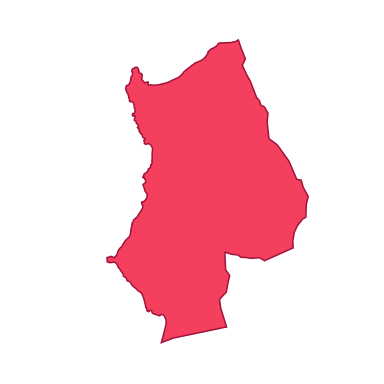 the district of Anse Chastanet, Soufrière, Saint Lucia, rotated 65°
{"feature_id": "8701671B43516735791505", "entity_name": "Anse Chastanet", "entity_type": "district", "adm_level": 2, "iso_a3": "LCA", "parent_name": "Saint Lucia", "parent_adm1": "Soufrière", "projection": "mercator", "projection_center": [-61.072, 13.864], "detail": "fine", "context": "isolated", "style": "filled", "palette": "rose", "viewbox_px": 384, "rotation_deg": 65, "n_neighbors": 0, "source": "geoboundaries", "source_scale": "gbopen_adm2", "svg_char_len": 5908}
<svg xmlns="http://www.w3.org/2000/svg" viewBox="0 0 384 384"><g transform="rotate(65 192 192)"><path d="M263.0,99.5L251.3,93.5L245.3,88.6L234.5,89.2L227.3,88.0L224.9,91.7L205.0,91.1L185.2,94.8L176.2,99.7L160.0,94.2L152.8,89.8L145.5,90.4L142.5,92.9L137.7,92.3L133.5,93.5L116.1,92.3L108.9,92.9L98.6,92.9L93.8,87.3L82.4,86.7L73.8,85.7L73.6,86.2L74.0,86.8L73.9,88.1L74.0,89.8L73.6,90.9L73.2,91.6L73.2,93.2L72.8,93.9L72.8,94.3L72.4,94.6L72.4,95.3L71.0,98.0L70.4,100.0L69.6,101.7L69.0,102.9L68.6,104.0L68.5,104.9L68.7,105.7L69.5,107.0L69.9,107.7L70.2,108.6L70.3,110.2L70.5,111.0L70.5,114.9L71.2,116.3L71.3,117.3L71.5,118.0L73.2,119.2L73.9,120.7L74.4,121.2L75.3,122.8L75.9,124.3L76.6,127.3L76.6,129.9L76.4,134.8L77.1,137.3L77.1,138.6L77.7,140.1L78.8,145.4L79.7,148.6L80.3,149.8L80.9,150.8L81.4,152.1L81.8,153.7L82.1,154.2L82.4,155.5L82.4,158.6L82.4,159.5L82.4,160.3L82.4,163.7L82.4,164.5L82.5,167.3L82.3,168.2L82.1,170.1L81.7,172.1L81.7,172.6L81.3,173.7L81.2,174.6L80.5,177.8L80.0,179.2L79.1,181.3L78.5,182.5L78.2,183.0L77.8,183.6L77.4,184.2L77.2,184.8L77.1,185.4L76.2,186.5L74.0,185.3L73.7,185.3L73.4,185.5L73.4,186.3L73.3,188.3L73.2,188.5L72.9,188.7L72.6,188.7L70.0,189.7L69.3,189.8L68.1,189.6L65.2,187.7L64.7,187.7L64.3,187.9L63.8,188.0L63.7,187.8L63.1,187.9L62.3,189.1L61.7,189.6L60.7,189.1L60.3,189.1L58.3,188.7L57.6,188.7L57.3,188.6L56.5,188.8L55.8,189.1L55.4,189.7L55.1,191.5L55.4,193.9L56.2,195.0L56.8,195.5L57.8,195.7L58.9,195.6L60.9,196.6L61.2,196.9L61.8,198.3L62.6,199.1L65.0,200.6L66.3,201.7L67.0,202.5L67.7,203.5L68.0,204.9L67.9,206.3L68.2,206.9L69.7,208.1L70.6,208.5L71.8,208.6L72.5,208.9L74.5,208.8L75.0,208.7L76.6,208.6L77.7,209.0L79.2,209.2L80.0,209.5L80.2,209.4L81.2,209.4L82.0,209.7L82.5,210.1L83.2,210.2L84.2,209.9L84.4,208.7L85.1,207.9L85.9,207.6L86.9,207.5L88.2,207.7L89.1,207.8L90.6,208.6L91.9,208.6L93.2,208.9L94.8,209.3L95.4,210.2L96.1,211.4L96.5,212.2L96.3,212.7L96.1,212.8L96.7,213.4L97.1,213.5L97.7,213.4L98.0,213.5L98.4,213.3L98.5,212.2L99.0,211.4L99.5,211.5L99.9,211.7L101.9,213.7L102.8,214.0L104.2,212.9L104.6,212.9L105.7,213.3L106.2,213.4L107.0,213.1L108.0,212.5L108.8,212.6L109.7,212.8L110.3,213.0L110.6,213.7L110.3,213.8L110.3,214.1L110.6,214.3L111.6,213.8L112.2,213.4L112.6,213.4L113.2,213.8L114.0,214.1L115.6,214.1L117.5,213.6L118.0,213.7L118.4,213.4L119.0,213.1L119.4,213.1L120.6,213.4L121.3,213.5L121.8,213.4L122.3,213.2L122.5,213.0L122.9,212.7L123.5,212.1L123.8,211.9L124.2,212.0L124.7,213.2L124.7,213.4L124.9,213.7L125.1,214.0L126.1,214.0L126.5,214.1L126.8,214.2L127.6,214.5L128.1,214.6L128.9,214.1L129.4,213.3L129.5,212.3L129.4,212.2L129.7,211.2L129.8,211.0L131.6,209.6L131.9,209.5L132.2,209.4L132.5,209.4L132.9,209.4L133.7,209.3L134.5,209.3L135.1,209.3L136.0,209.5L136.7,209.8L140.3,211.9L141.6,212.5L143.3,213.2L145.7,214.5L146.5,215.0L147.9,215.6L148.6,215.8L149.0,216.0L149.3,216.3L149.6,217.0L149.8,217.7L149.9,217.9L150.1,218.1L150.7,218.1L151.1,218.3L152.3,219.8L152.4,220.3L152.6,221.6L152.7,221.8L153.8,222.7L154.4,223.4L154.8,224.2L155.2,225.3L155.3,226.1L155.3,226.6L155.5,227.7L155.6,228.0L156.0,228.6L156.5,228.9L157.0,229.0L157.4,229.0L157.6,229.5L157.6,230.2L157.7,230.4L158.1,230.4L158.4,230.2L159.2,229.4L159.4,229.3L159.6,229.3L160.1,229.4L160.3,229.3L160.6,229.3L161.7,229.2L162.4,229.3L163.1,229.6L163.3,229.7L163.5,230.0L163.9,230.7L164.1,231.3L164.3,232.1L164.3,232.4L164.4,233.0L164.7,233.4L165.1,233.5L166.3,233.4L169.2,233.9L169.8,233.9L170.9,234.2L171.5,234.1L172.9,233.9L174.7,233.7L175.3,233.8L175.6,233.8L176.6,234.1L177.0,234.4L178.7,236.3L179.3,237.2L180.0,238.7L180.3,239.5L180.2,239.7L180.4,240.2L180.4,240.6L180.3,240.8L179.7,241.3L179.8,241.5L180.3,242.2L180.7,242.4L181.3,242.5L182.3,242.4L183.8,242.6L184.6,242.9L185.1,243.2L185.4,243.4L185.9,244.0L186.5,244.8L187.1,245.5L188.8,248.2L189.7,249.7L190.3,250.6L190.6,251.1L190.8,251.2L191.1,251.7L191.4,252.2L191.7,253.3L191.9,253.7L192.4,256.1L193.0,257.1L194.0,257.8L194.3,258.1L194.8,259.4L195.4,259.8L195.8,260.0L196.1,260.2L196.9,260.7L198.6,261.9L199.3,262.6L199.6,262.8L201.8,264.1L203.7,265.4L204.9,266.3L205.2,266.7L205.6,267.1L205.8,267.4L206.5,268.7L206.6,269.4L207.1,270.9L207.7,272.4L208.0,273.2L208.2,273.6L208.8,274.3L209.3,274.9L209.9,276.4L211.0,277.5L211.8,278.7L211.9,279.1L212.5,281.1L213.0,282.2L213.6,283.0L214.3,283.9L215.2,284.8L216.1,285.5L216.9,286.3L217.3,286.8L218.0,289.0L218.6,290.1L218.6,290.3L218.2,291.0L216.9,291.7L216.1,292.5L216.0,293.0L215.9,295.2L215.6,296.0L215.5,296.5L215.7,296.9L215.8,297.0L217.8,297.5L218.2,297.7L218.8,298.1L219.0,298.2L219.4,298.3L219.9,298.0L220.2,297.8L220.7,297.2L221.5,295.9L222.2,293.6L222.6,292.6L222.8,292.2L223.1,291.8L223.5,291.4L223.8,291.2L224.5,290.9L226.1,290.6L226.6,290.6L227.4,290.6L229.3,290.7L229.8,290.6L230.6,290.2L231.0,290.1L233.4,289.8L235.9,289.4L236.5,289.2L237.6,289.2L238.1,289.3L238.7,289.5L239.1,289.7L239.4,289.8L239.6,289.7L239.9,289.5L240.3,289.1L240.8,288.6L242.5,288.0L243.0,288.0L243.6,288.1L244.4,288.3L245.0,288.3L245.4,288.0L245.8,287.3L246.4,286.8L246.9,286.6L248.2,285.8L249.3,285.8L250.2,286.0L251.3,285.7L253.3,284.9L255.8,283.6L256.5,283.4L258.2,282.8L261.8,280.8L262.5,280.6L263.6,280.5L265.4,280.5L267.9,280.7L273.4,281.7L276.9,282.6L278.9,282.4L279.1,282.3L280.0,282.9L280.5,283.0L281.6,282.5L282.2,281.7L281.7,280.4L281.6,280.0L281.8,279.6L282.0,279.2L282.8,279.0L283.6,279.0L284.2,279.1L284.8,279.1L285.6,278.7L286.4,278.1L288.1,276.3L289.3,274.9L290.0,274.4L290.4,273.8L290.4,272.9L290.2,271.8L290.3,271.0L290.8,270.4L291.9,269.8L292.9,269.5L295.8,269.5L297.0,269.7L297.7,269.9L300.4,271.1L303.9,273.8L311.1,279.7L315.6,283.5L316.4,271.0L328.9,217.7L325.2,217.2L309.2,215.0L300.9,212.4L297.3,203.3L289.0,197.4L283.8,193.2L276.6,194.3L263.2,188.9L260.6,187.3L265.2,182.5L268.3,177.2L271.9,175.1L274.5,170.3L277.1,166.5L280.2,158.5L284.9,155.3L285.4,123.9L278.7,121.2L271.9,116.4L267.3,111.1L263.2,103.1L263.0,99.5Z" fill="#f43f5e" stroke="#9f1239" stroke-width="1.5"/></g></svg>